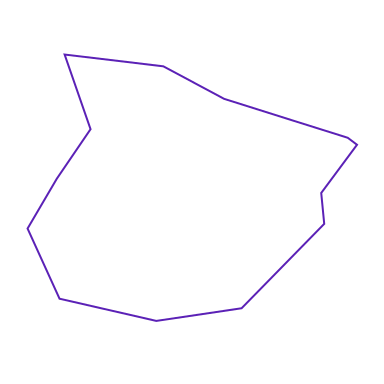 the Metropolitan Borough of Trafford, rotated 183°
{"feature_id": "GBR-5685", "entity_name": "Trafford", "entity_type": "Metropolitan Borough", "adm_level": 1, "iso_a3": "GBR", "parent_name": "United Kingdom", "parent_adm1": "", "projection": "robinson", "projection_center": [-2.382, 53.409], "detail": "fine", "context": "isolated", "style": "outline", "palette": "violet", "viewbox_px": 384, "rotation_deg": 183, "n_neighbors": 0, "source": "natural_earth", "source_scale": "10m", "svg_char_len": 337}
<svg xmlns="http://www.w3.org/2000/svg" viewBox="0 0 384 384"><g transform="rotate(183 192 192)"><path d="M220.9,61.4L318.7,78.5L354.3,146.9L327.7,198.2L296.6,249.4L326.4,322.6L227.2,316.0L164.8,286.7L95.2,268.7L39.3,254.3L29.7,247.8L62.9,197.8L58.3,167.1L136.4,78.5L220.9,61.4Z" fill="none" stroke="#5b21b6" stroke-width="2"/></g></svg>